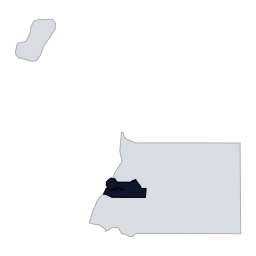 Mbini, Litoral, Equatorial Guinea (highlighted)
{"feature_id": "11065452B69337055746076", "entity_name": "Mbini", "entity_type": "district", "adm_level": 2, "iso_a3": "GNQ", "parent_name": "Equatorial Guinea", "parent_adm1": "Litoral", "projection": "mercator", "projection_center": [9.733, 1.591], "detail": "fine", "context": "in_parent", "style": "filled", "palette": "ink", "viewbox_px": 256, "rotation_deg": 0, "n_neighbors": 0, "source": "geoboundaries", "source_scale": "gbopen_adm2", "svg_char_len": 4446}
<svg xmlns="http://www.w3.org/2000/svg" viewBox="0 0 256 256"><path d="M240.1,143.0L240.2,160.9L240.3,176.2L240.4,192.6L240.5,209.8L240.6,224.3L240.6,233.7L224.7,233.6L203.6,233.6L182.5,233.5L161.4,233.4L150.8,233.4L139.2,233.3L135.4,233.8L132.8,236.2L129.7,236.7L126.1,234.7L121.7,233.7L120.5,231.7L118.4,227.8L114.0,227.4L111.8,227.8L108.7,230.0L105.2,231.2L105.8,229.4L98.9,224.7L93.9,224.3L89.3,222.8L93.0,210.6L97.7,199.8L104.7,191.7L108.4,189.7L109.6,185.7L115.1,172.4L122.0,161.6L119.8,150.7L121.5,132.3L123.4,132.8L123.8,134.6L124.3,137.1L126.9,139.4L135.4,142.9L160.8,142.9L175.9,142.9L198.4,142.9L222.1,143.0L240.1,143.0ZM38.8,19.3L40.7,19.6L52.3,19.3L55.5,23.4L55.1,29.4L43.2,47.1L40.9,54.5L36.3,60.8L32.3,61.4L18.5,57.7L16.2,55.4L15.4,52.4L16.7,45.3L17.7,43.2L24.3,41.9L26.5,40.7L30.0,33.1L31.2,26.2L34.1,21.0L38.8,19.3Z" fill="#d9dde1" stroke="#a8b0b8" stroke-width="1"/><path d="M145.8,188.7L141.3,188.7L140.9,188.3L140.5,186.6L136.9,181.9L135.5,180.0L135.5,179.8L135.4,179.8L135.0,180.0L134.9,180.1L134.7,180.2L134.4,180.4L134.2,180.7L134.0,180.8L133.9,180.8L133.7,180.7L133.3,180.5L133.2,180.5L132.9,180.7L132.5,181.0L132.2,181.3L131.9,181.4L131.8,181.5L131.6,181.5L130.9,182.4L118.3,182.4L116.3,181.7L114.9,179.1L110.8,178.3L110.6,178.6L110.5,178.8L110.4,178.9L110.3,179.0L110.2,179.0L109.9,179.0L109.7,179.1L109.5,179.4L109.4,179.5L109.2,179.8L109.0,180.0L108.8,180.0L108.6,180.0L108.4,180.1L108.2,180.3L108.2,180.5L108.1,180.4L108.0,180.5L107.9,180.6L107.9,180.8L107.7,181.0L107.5,181.3L107.4,181.4L107.1,181.5L106.9,181.6L106.8,181.8L106.7,182.0L106.8,182.2L106.8,182.4L106.8,182.5L106.7,182.7L106.8,182.9L106.8,183.1L106.8,183.3L106.7,183.6L106.7,183.8L106.7,184.0L106.6,184.3L106.5,184.5L106.5,184.9L106.5,185.0L106.5,185.3L106.8,185.3L106.9,185.5L107.0,185.7L107.0,185.9L107.1,186.0L107.3,186.2L107.4,186.3L107.5,186.3L107.7,186.5L107.8,186.6L108.0,187.0L108.2,187.3L108.2,187.6L108.2,187.8L108.4,188.0L108.6,188.2L108.8,188.4L109.0,188.4L109.2,188.6L109.5,188.7L109.9,189.0L110.2,189.0L110.4,189.1L110.7,189.2L110.9,189.3L111.1,189.3L111.3,189.3L111.5,189.4L111.7,189.5L112.0,189.5L112.3,189.5L112.5,189.4L112.8,189.2L113.0,189.0L113.2,188.9L113.3,188.7L113.6,188.6L113.8,188.4L114.2,188.1L114.5,188.1L114.9,187.8L115.0,187.7L115.4,187.6L115.5,187.5L116.0,187.4L116.3,187.4L116.6,187.3L116.8,187.3L117.0,187.4L117.3,187.5L117.6,187.6L117.9,187.5L118.1,187.4L118.4,187.4L118.5,187.5L118.8,187.9L118.8,188.0L119.0,188.1L119.4,188.3L119.5,188.4L119.8,188.5L120.0,188.6L120.4,188.7L120.6,188.7L120.8,188.6L121.0,188.7L121.3,188.8L121.4,189.0L121.5,189.1L121.5,189.3L121.5,189.6L121.5,189.9L121.6,190.0L121.8,190.1L122.0,190.2L122.4,190.2L122.6,190.1L122.8,190.1L123.0,190.1L122.9,190.2L122.6,190.3L122.3,190.3L122.2,190.3L121.8,190.3L121.6,190.2L121.4,190.0L121.4,189.9L121.3,189.7L121.4,189.3L121.4,189.2L121.2,188.9L120.9,188.7L120.7,188.8L120.2,188.8L119.8,188.8L119.7,188.8L119.5,188.7L119.3,188.6L119.2,188.5L118.9,188.3L118.7,188.1L118.4,187.9L118.1,187.7L117.9,187.7L117.7,187.8L117.5,187.7L117.4,187.7L117.2,187.7L116.9,187.7L116.6,187.8L116.3,187.9L116.0,188.0L115.7,188.0L115.3,188.1L115.2,188.2L115.1,188.3L114.9,188.5L115.1,188.9L115.2,189.0L115.3,189.1L115.3,189.3L115.3,189.5L115.5,189.8L115.9,189.9L116.1,190.0L116.3,190.1L116.6,190.4L116.7,190.6L116.6,190.9L116.6,191.0L116.5,190.9L116.5,190.7L116.4,190.4L116.2,190.2L115.9,190.2L115.8,190.3L115.7,190.3L115.4,190.2L115.2,190.0L115.1,189.8L115.0,189.5L115.0,189.4L114.9,189.2L114.6,189.0L114.4,189.1L114.1,189.1L113.9,189.2L113.7,189.2L113.6,189.4L113.5,189.6L113.5,189.8L113.4,189.9L113.2,190.0L112.9,190.1L112.7,190.1L112.4,190.2L112.3,190.3L112.0,190.5L111.9,190.5L111.7,190.6L111.2,190.6L110.9,190.6L110.7,190.6L110.6,190.8L110.7,191.0L110.4,190.9L110.4,190.7L110.5,190.5L110.2,190.4L110.0,190.2L109.8,190.1L109.6,189.9L109.4,189.7L109.2,189.6L108.8,189.4L108.5,189.3L108.4,189.1L108.4,188.9L108.2,188.7L108.0,188.3L107.9,188.2L107.6,187.9L107.3,187.9L107.1,188.1L106.9,188.2L106.6,188.3L106.4,188.5L106.2,188.8L105.9,189.0L105.8,189.3L105.8,189.6L105.8,189.8L105.7,190.1L105.6,190.4L105.5,190.5L105.4,190.6L105.3,190.9L105.2,191.1L105.0,191.4L104.9,191.7L104.7,192.0L104.6,192.3L104.5,192.6L104.4,192.8L104.3,193.0L104.2,193.3L104.2,193.5L104.1,193.8L104.0,194.1L105.5,194.0L107.2,194.8L112.0,197.1L125.6,197.2L125.8,197.2L133.3,197.2L136.9,197.2L145.2,197.2L145.4,194.8L145.6,192.1L145.8,188.7Z" fill="#0f172a" stroke="#020617" stroke-width="1.5"/></svg>